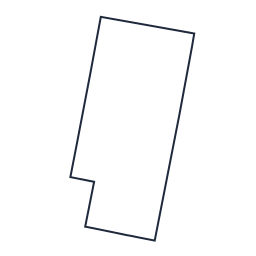 Slope, North Dakota, United States of America, rotated 281°
{"feature_id": "52423323B48039047752616", "entity_name": "Slope", "entity_type": "district", "adm_level": 2, "iso_a3": "USA", "parent_name": "United States of America", "parent_adm1": "North Dakota", "projection": "albers", "projection_center": [-103.638, 46.455], "detail": "fine", "context": "isolated", "style": "outline", "palette": "slate", "viewbox_px": 256, "rotation_deg": 281, "n_neighbors": 0, "source": "geoboundaries", "source_scale": "gbopen_adm2", "svg_char_len": 344}
<svg xmlns="http://www.w3.org/2000/svg" viewBox="0 0 256 256"><g transform="rotate(281 128 128)"><path d="M175.2,80.6L104.6,80.8L68.8,80.8L68.7,105.0L23.0,104.8L23.0,113.2L22.6,147.5L22.7,152.1L22.6,158.9L22.6,163.7L22.6,175.7L151.4,175.9L220.1,175.3L233.4,175.0L231.9,80.1L175.2,80.6Z" fill="none" stroke="#1e293b" stroke-width="2"/></g></svg>